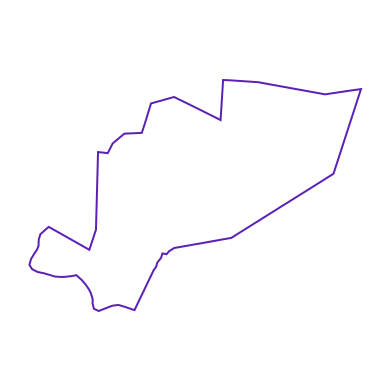 Bodó, Rio Grande do Norte, Brazil (Mercator projection), rotated 192°
{"feature_id": "56859067B28283523222069", "entity_name": "Bodó", "entity_type": "district", "adm_level": 2, "iso_a3": "BRA", "parent_name": "Brazil", "parent_adm1": "Rio Grande do Norte", "projection": "mercator", "projection_center": [-36.402, -5.954], "detail": "fine", "context": "isolated", "style": "outline", "palette": "violet", "viewbox_px": 384, "rotation_deg": 192, "n_neighbors": 0, "source": "geoboundaries", "source_scale": "gbopen_adm2", "svg_char_len": 918}
<svg xmlns="http://www.w3.org/2000/svg" viewBox="0 0 384 384"><g transform="rotate(192 192 192)"><path d="M332.0,113.3L330.9,107.4L331.6,103.5L333.2,99.5L335.5,93.1L335.9,87.0L332.4,83.3L326.6,81.7L319.7,81.7L308.1,80.8L302.3,81.7L298.6,82.6L292.8,84.5L287.8,86.6L281.4,82.9L277.0,79.5L272.8,75.6L269.9,72.0L266.9,66.6L266.1,62.4L263.7,57.4L258.5,56.2L246.5,64.1L240.7,66.2L234.5,65.8L223.7,64.5L213.2,107.7L211.5,111.6L211.3,115.6L208.6,121.1L208.1,125.8L204.0,125.9L202.0,129.4L197.8,133.5L144.0,155.3L100.7,197.3L72.9,224.2L57.4,239.3L48.1,327.8L62.6,322.5L82.1,315.2L118.0,314.1L141.4,313.4L149.9,313.2L179.8,308.9L184.9,308.0L184.0,302.2L179.0,268.3L205.9,275.3L229.3,281.2L250.5,270.1L252.3,249.7L252.7,245.8L253.4,239.4L270.3,235.0L274.7,229.4L279.7,223.0L282.5,212.5L292.2,211.5L278.1,135.2L280.4,114.1L324.9,128.1L329.1,122.5L331.6,119.0L332.0,113.3Z" fill="none" stroke="#5b21b6" stroke-width="2"/></g></svg>